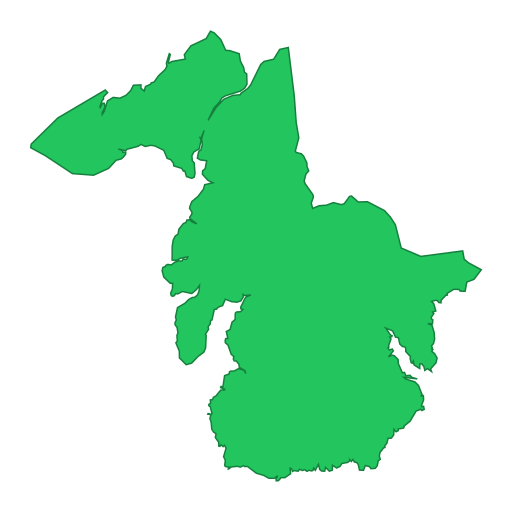 Tomil, Yap, Federated States of Micronesia (orthographic projection)
{"feature_id": "79324940B66206681775054", "entity_name": "Tomil", "entity_type": "district", "adm_level": 2, "iso_a3": "FSM", "parent_name": "Federated States of Micronesia", "parent_adm1": "Yap", "projection": "orthographic", "projection_center": [138.15, 9.542], "detail": "fine", "context": "isolated", "style": "filled", "palette": "green", "viewbox_px": 512, "rotation_deg": 0, "n_neighbors": 0, "source": "geoboundaries", "source_scale": "gbopen_adm2", "svg_char_len": 6056}
<svg xmlns="http://www.w3.org/2000/svg" viewBox="0 0 512 512"><path d="M288.3,47.5L279.7,49.4L273.7,59.2L264.1,61.4L260.7,64.5L250.7,84.8L247.8,88.5L240.9,93.3L240.3,94.7L232.9,95.4L223.7,99.3L216.0,107.6L208.1,120.4L213.9,108.0L219.6,102.0L221.8,97.9L225.9,95.6L240.5,91.1L244.7,88.1L247.0,84.1L246.7,73.9L244.5,72.2L243.7,67.6L240.4,61.1L239.2,53.7L229.6,50.6L225.7,50.3L220.8,39.6L214.1,32.8L210.4,31.2L206.2,38.6L190.9,45.8L184.3,54.7L185.3,59.1L171.8,61.5L168.9,63.3L168.3,62.6L170.3,54.4L169.3,53.7L166.4,63.2L166.9,66.4L164.9,69.8L158.6,75.7L154.0,82.1L151.3,82.8L150.6,84.2L145.5,86.5L144.2,91.0L140.9,88.2L141.0,84.9L133.4,85.2L130.7,90.6L126.1,95.3L119.8,98.2L113.2,97.4L107.5,100.9L104.3,111.2L102.3,114.4L102.2,112.6L105.0,107.3L104.3,103.3L102.4,103.3L100.2,107.5L99.8,106.9L102.3,100.0L103.4,99.5L103.6,96.7L107.6,92.6L105.3,90.0L57.9,117.9L31.2,144.1L30.7,147.7L45.4,155.7L72.4,173.6L93.6,175.2L108.6,168.4L116.1,160.3L121.3,158.9L123.2,157.2L125.7,154.1L125.7,152.3L122.7,152.2L122.7,150.7L118.3,149.0L125.8,150.7L126.9,149.3L138.1,146.3L141.0,144.4L145.3,146.5L150.6,145.3L154.8,145.9L163.8,150.3L167.2,158.4L170.7,159.6L173.4,163.1L173.8,165.9L181.8,168.4L183.3,171.1L184.8,170.9L186.5,176.6L191.7,178.3L194.1,177.3L195.0,173.6L194.2,162.8L192.3,160.8L191.9,155.9L193.7,152.1L199.2,148.7L201.1,140.1L200.0,137.5L201.2,137.7L204.1,130.5L201.6,138.7L202.3,144.6L200.8,150.3L199.4,150.5L198.4,152.7L197.3,158.2L200.6,160.0L206.7,160.7L205.2,168.6L202.6,170.9L202.4,174.2L208.0,180.4L212.9,182.8L204.7,184.7L203.5,189.1L198.0,196.4L191.8,201.6L190.1,205.9L189.5,208.3L191.9,212.0L191.8,214.1L189.7,217.2L190.0,218.6L196.8,223.8L192.5,222.2L189.3,219.8L186.9,220.0L186.0,222.5L183.4,223.5L178.9,229.2L178.0,234.1L175.3,236.0L173.2,240.0L172.2,246.3L172.1,260.1L176.6,260.3L180.8,258.2L187.8,256.8L187.3,258.2L186.5,259.3L183.1,259.2L181.8,261.1L178.5,260.9L174.6,262.3L171.3,265.0L167.8,264.4L165.8,265.4L165.4,266.5L162.9,267.4L162.1,270.7L163.8,277.1L170.2,283.3L172.6,283.3L172.4,288.9L170.7,293.1L171.2,295.5L172.4,296.3L174.1,295.8L175.8,293.6L177.7,293.9L182.4,291.5L191.8,293.5L196.5,289.5L199.5,285.4L199.1,290.8L197.7,294.7L194.6,297.4L192.3,297.5L188.7,299.5L184.9,303.3L177.5,307.6L175.5,317.0L176.3,320.0L175.0,322.7L175.1,324.8L177.1,327.5L177.9,332.9L176.9,335.5L177.3,341.0L175.9,342.8L179.3,351.1L179.4,357.9L186.2,364.7L191.7,363.1L198.2,356.3L203.8,352.2L205.6,348.0L206.2,335.5L205.4,334.3L208.6,329.3L208.1,326.7L210.2,324.0L210.6,320.5L212.0,320.0L214.3,309.4L216.5,309.2L218.2,307.2L222.6,305.6L225.3,299.2L231.7,301.7L237.0,302.2L240.8,300.9L243.2,297.1L243.1,294.5L244.4,295.5L250.9,295.0L246.0,297.0L244.9,298.5L240.7,307.2L240.9,308.9L242.9,309.4L240.6,311.7L236.5,312.0L235.3,313.2L235.1,319.5L232.0,322.2L230.1,329.5L226.3,331.5L227.8,338.5L225.7,338.6L225.2,340.2L225.3,342.7L228.0,345.1L231.2,354.3L233.8,356.6L233.3,359.0L234.1,360.8L236.3,361.1L239.0,364.4L239.3,367.3L244.7,370.5L245.8,373.6L244.0,370.3L238.6,368.6L234.2,371.0L230.7,371.1L229.5,371.8L229.1,374.0L224.6,375.6L222.9,386.9L221.1,386.4L220.6,387.6L224.8,389.2L224.5,389.9L220.7,390.1L215.8,396.1L213.4,397.3L212.5,399.7L210.3,399.9L210.6,403.1L208.8,404.5L208.9,405.8L210.2,406.4L212.0,413.6L211.4,414.3L208.1,413.5L207.8,414.2L210.9,414.6L209.9,418.6L211.1,421.9L211.8,429.2L213.6,432.1L216.1,433.8L215.3,437.5L218.6,442.1L218.8,446.1L219.9,446.4L221.0,444.8L223.1,446.6L224.4,445.3L226.1,448.1L223.6,456.7L225.3,460.2L224.7,465.6L225.5,466.5L228.7,467.2L228.3,469.0L229.8,468.3L229.8,467.3L232.7,466.8L237.4,466.3L240.3,467.1L243.5,465.6L244.8,466.6L247.4,466.4L256.3,473.2L264.0,475.5L268.7,478.2L274.3,478.3L277.7,475.6L276.0,478.8L276.2,480.8L278.4,480.7L281.2,477.6L284.8,477.7L290.6,473.7L290.1,468.2L291.7,469.0L292.5,471.4L294.1,470.6L298.1,471.2L299.7,469.3L302.2,470.5L304.8,469.7L306.8,471.3L309.3,470.3L311.6,470.9L313.0,470.4L313.7,468.1L315.3,470.3L318.4,464.4L319.7,469.4L321.5,471.0L324.7,471.2L325.5,467.4L329.4,471.2L332.4,470.1L332.5,465.3L336.6,468.0L339.9,466.5L341.9,463.5L347.8,462.4L349.8,460.7L349.7,459.7L351.3,461.5L352.8,459.5L354.5,462.1L356.5,462.4L358.2,464.4L359.5,470.1L363.5,470.3L365.3,465.6L369.5,466.6L370.9,468.7L375.1,468.4L377.2,465.9L378.3,460.7L380.3,459.3L379.3,456.1L380.0,452.5L383.5,448.0L385.0,447.4L384.7,446.1L387.0,443.0L388.0,438.4L391.4,438.1L393.7,434.9L393.9,429.4L396.0,431.8L398.3,430.6L398.1,429.0L403.6,428.1L404.3,425.9L410.1,421.2L416.1,411.1L420.6,409.3L421.8,410.5L424.2,409.4L423.6,406.3L421.7,406.7L421.5,405.6L423.6,399.9L423.4,395.9L422.7,395.2L420.9,396.5L422.0,394.5L418.5,385.5L414.9,381.9L405.7,379.0L403.9,377.3L417.3,378.9L411.9,377.4L410.0,375.3L405.8,375.7L404.5,372.4L402.4,372.8L398.4,363.8L398.1,359.5L394.3,355.7L392.0,355.1L388.5,356.9L393.3,350.9L392.2,349.0L389.5,350.0L387.9,347.9L388.9,347.1L388.6,345.6L391.0,339.0L389.7,337.1L391.8,336.7L392.1,335.7L390.5,335.0L385.7,328.0L392.6,330.9L395.5,337.1L398.4,337.7L399.8,344.0L402.4,346.5L404.6,346.8L405.8,348.3L405.7,351.5L410.6,356.8L410.1,358.5L411.2,362.7L412.2,363.2L413.3,361.1L414.0,364.9L419.7,368.5L419.9,363.8L421.8,363.9L423.9,366.5L424.8,370.4L427.4,368.6L431.5,371.5L430.6,368.9L436.0,362.8L437.1,358.0L434.5,353.5L431.9,351.5L432.9,349.3L431.8,349.0L432.3,347.5L431.4,346.1L433.5,343.5L434.6,339.1L434.2,332.7L432.0,325.2L427.8,323.7L432.5,323.7L432.8,319.8L431.5,319.0L431.3,317.2L433.8,313.6L432.5,312.1L435.8,311.0L433.8,303.8L431.6,301.4L435.7,300.3L437.4,300.6L438.7,302.5L441.0,302.8L441.1,300.3L445.7,295.4L447.3,295.1L447.0,293.5L453.8,289.3L458.9,289.4L460.2,291.1L465.1,291.3L466.8,282.1L474.0,279.3L481.3,269.7L468.6,262.9L464.2,259.2L462.7,250.9L420.8,256.4L401.2,248.0L395.4,224.8L390.4,217.1L384.5,210.6L367.4,201.7L358.2,202.0L351.5,196.0L349.5,196.5L344.2,203.8L341.1,204.6L333.3,202.6L326.5,205.2L319.3,205.7L312.6,208.4L311.3,203.1L313.4,197.0L312.9,194.7L305.0,183.5L304.2,180.8L305.9,174.1L308.7,170.9L307.0,166.6L306.9,163.0L303.6,156.1L301.4,153.8L296.3,152.5L295.3,151.2L298.8,137.8L296.2,122.5L294.3,96.3L288.3,47.5Z" fill="#22c55e" stroke="#15803d" stroke-width="1.5"/></svg>